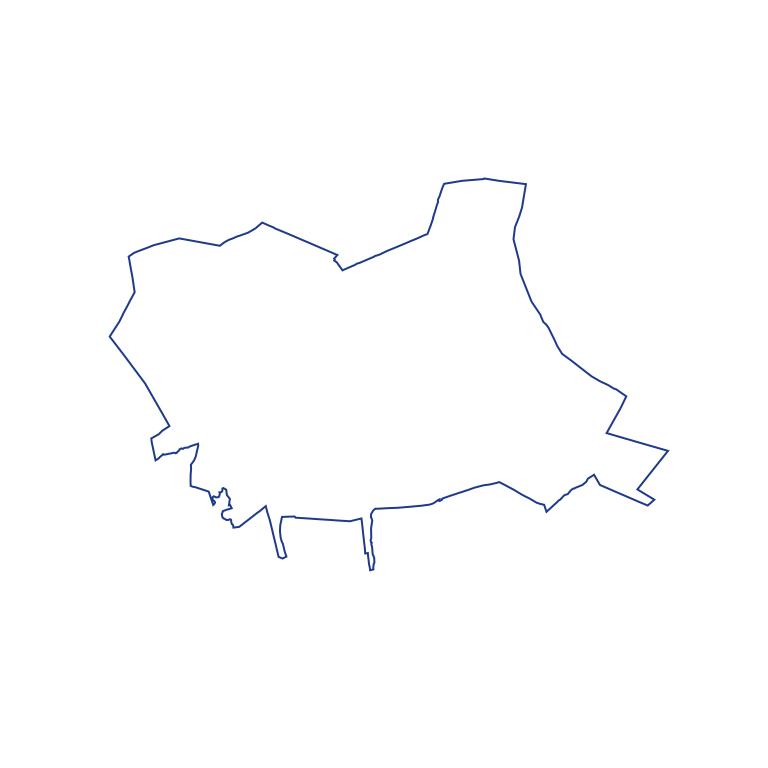 Juchitepec, México, Mexico (Mercator projection), rotated 145°
{"feature_id": "50627088B99333817375026", "entity_name": "Juchitepec", "entity_type": "district", "adm_level": 2, "iso_a3": "MEX", "parent_name": "Mexico", "parent_adm1": "México", "projection": "mercator", "projection_center": [-98.89, 19.099], "detail": "fine", "context": "isolated", "style": "outline", "palette": "blue", "viewbox_px": 768, "rotation_deg": 145, "n_neighbors": 0, "source": "geoboundaries", "source_scale": "gbopen_adm2", "svg_char_len": 5086}
<svg xmlns="http://www.w3.org/2000/svg" viewBox="0 0 768 768"><g transform="rotate(145 384 384)"><path d="M562.1,298.5L562.8,298.8L561.5,303.6L558.5,311.1L558.1,313.7L556.9,317.2L553.7,323.0L550.1,327.7L543.8,333.6L538.5,330.2L533.2,326.7L533.1,325.2L528.1,321.2L523.2,317.3L515.8,311.3L510.8,307.3L505.8,303.3L500.9,299.3L495.9,295.3L491.0,291.4L490.7,291.1L482.9,288.1L479.6,286.8L482.8,280.8L486.4,274.3L490.5,266.8L493.7,260.8L496.6,255.9L494.2,254.8L495.4,252.8L497.4,249.0L499.8,244.6L500.8,242.0L502.2,239.4L499.0,238.2L498.3,239.5L497.0,241.0L495.9,242.2L495.7,242.5L494.4,243.1L491.7,247.3L491.7,248.1L491.3,248.6L491.0,249.9L491.2,250.5L487.2,257.4L486.2,260.2L485.1,260.9L485.4,262.0L484.6,263.7L482.8,265.1L477.3,273.3L472.0,278.8L471.8,279.3L471.2,281.4L471.1,282.4L469.1,284.9L465.5,286.5L464.4,286.7L464.1,286.7L463.5,286.7L462.9,286.9L461.3,285.9L461.0,285.6L460.5,285.3L453.2,280.8L452.1,280.1L450.5,279.1L444.5,275.2L442.5,274.0L440.3,272.7L433.2,268.6L432.4,268.1L428.5,265.9L423.3,262.9L418.0,260.2L417.3,259.8L416.8,259.5L415.5,258.9L414.4,258.6L413.5,258.3L412.6,258.1L411.8,258.0L411.0,257.9L410.2,257.9L408.8,257.9L407.2,257.9L406.2,257.9L405.0,257.7L406.0,256.9L405.4,256.2L402.7,256.0L402.0,256.7L394.1,254.5L387.8,252.6L384.7,251.7L381.6,250.7L375.3,248.8L369.7,247.3L363.4,245.0L360.3,243.8L354.6,240.8L353.9,240.6L353.0,240.2L352.8,240.1L348.2,238.3L345.9,237.6L342.8,231.7L338.3,222.8L338.2,222.7L334.9,215.1L333.1,211.5L330.4,206.6L327.0,199.1L324.9,196.3L322.1,193.2L322.4,192.2L324.0,186.8L324.2,186.1L321.4,186.5L319.8,186.6L315.9,187.2L315.6,187.2L313.8,187.5L310.7,187.8L307.6,188.4L306.0,188.2L300.1,189.5L296.6,188.4L292.3,189.7L289.5,189.9L287.7,189.1L287.3,189.3L279.1,187.4L278.5,187.6L274.7,187.8L271.2,189.5L265.3,189.2L264.0,189.2L265.0,177.4L260.7,170.4L255.3,161.6L251.1,154.8L246.1,146.7L242.3,140.5L237.7,133.2L233.0,133.7L228.9,134.2L236.9,152.3L195.2,164.7L189.7,166.3L196.4,174.6L198.4,177.1L204.4,184.5L209.5,190.8L214.6,197.2L218.2,201.6L229.8,216.1L214.5,223.5L204.7,228.2L192.6,234.9L195.1,241.7L196.8,246.4L198.4,248.5L201.1,254.7L205.4,262.2L209.5,271.0L211.6,277.7L214.4,286.8L216.9,295.0L220.8,306.5L220.3,315.7L219.0,322.5L217.0,335.7L217.0,339.3L217.9,343.4L217.1,347.5L216.2,351.0L215.9,366.9L209.0,395.9L202.6,407.6L194.9,428.3L186.8,437.3L177.1,443.7L169.8,449.3L153.1,466.3L173.2,484.4L183.9,494.8L184.6,494.6L203.6,505.7L219.9,513.5L223.7,511.2L227.8,508.2L230.7,506.0L234.3,503.9L235.4,501.9L237.6,500.6L241.3,497.6L248.3,492.2L248.4,491.8L255.2,486.8L255.7,486.5L256.3,486.1L257.1,485.6L262.2,482.0L262.9,482.0L263.4,482.1L264.1,482.4L264.9,482.6L265.5,482.7L266.2,482.9L266.6,483.0L267.9,483.2L270.5,483.7L273.3,484.2L275.8,484.8L276.6,484.9L277.6,485.2L279.5,485.6L281.3,486.0L282.4,486.2L288.0,487.4L294.0,488.7L305.5,491.3L313.7,492.6L314.6,493.0L316.0,493.3L317.7,494.0L317.9,494.0L319.5,494.0L321.1,494.4L335.0,497.3L336.8,498.1L339.4,498.2L346.2,499.6L350.7,500.5L352.6,500.9L352.8,500.9L352.9,510.8L354.0,513.6L353.4,513.9L353.0,514.1L353.0,515.3L348.2,516.4L365.1,543.7L375.8,561.0L384.4,574.5L384.6,575.5L387.7,580.3L391.2,586.1L400.0,585.2L408.5,585.9L418.3,588.6L419.7,589.1L424.5,590.0L427.3,590.8L429.4,591.2L432.1,591.5L434.5,591.6L439.2,591.4L468.2,620.7L493.1,629.8L499.9,631.4L503.3,632.3L510.1,634.0L513.5,634.8L520.1,634.8L520.9,632.9L525.0,624.2L529.0,615.4L532.3,608.8L535.6,602.2L541.6,599.2L544.6,597.7L550.5,594.6L556.5,591.6L559.3,590.0L565.0,586.9L571.6,584.2L574.9,582.9L581.5,580.2L580.5,557.5L579.5,525.5L579.4,521.3L580.5,509.2L581.6,497.0L582.7,484.8L583.9,472.6L592.4,472.9L597.5,472.0L597.8,472.1L605.8,472.9L607.5,469.9L609.8,464.5L612.1,459.1L614.9,452.5L613.3,452.4L612.6,452.4L611.8,452.3L610.4,452.5L609.3,452.7L608.2,452.8L606.0,453.1L605.6,453.1L605.3,453.2L605.2,452.6L604.6,452.3L603.7,451.7L602.7,451.3L601.4,450.7L600.4,450.4L599.3,449.7L597.9,449.2L596.9,448.8L595.8,448.3L594.8,447.7L594.5,446.8L593.4,446.5L592.1,446.9L590.7,447.0L589.8,447.2L588.8,447.8L587.9,447.6L587.0,447.5L586.2,446.4L585.6,446.1L584.9,446.2L584.3,446.2L583.0,445.6L580.7,444.2L579.4,444.3L577.7,443.9L570.6,441.7L571.4,440.2L574.0,437.8L575.5,436.5L579.8,432.6L582.3,431.0L583.8,430.2L588.5,428.6L590.7,425.1L594.5,420.5L598.3,415.3L600.8,411.4L599.7,409.7L597.6,407.5L589.3,396.4L593.3,382.9L591.5,383.2L590.3,383.9L590.2,384.5L590.2,385.5L590.5,386.4L590.7,387.0L590.5,387.8L590.2,388.4L589.8,389.0L589.3,389.5L588.6,389.7L587.9,389.7L586.5,387.4L584.5,386.2L583.3,386.6L581.2,388.5L580.9,389.6L580.1,389.1L579.2,388.8L578.3,388.8L577.6,389.4L576.3,391.1L575.2,390.8L573.9,387.9L576.4,383.1L576.1,378.3L580.6,373.6L579.5,373.2L580.0,369.6L582.3,370.3L584.4,371.1L589.0,372.3L590.1,371.3L591.4,370.6L592.8,367.5L592.6,366.0L592.1,365.3L591.4,363.9L591.1,363.0L590.4,362.6L589.3,361.8L588.0,361.7L587.3,361.1L587.2,360.3L588.1,359.0L589.0,356.5L588.6,355.7L588.6,354.8L589.7,352.7L584.5,350.0L570.4,350.7L561.1,351.2L559.3,351.1L550.9,351.8L553.2,345.7L555.7,337.8L560.5,325.6L564.9,314.4L567.2,308.7L569.5,302.8L567.2,299.2L562.1,298.5Z" fill="none" stroke="#1e3a8a" stroke-width="2"/></g></svg>